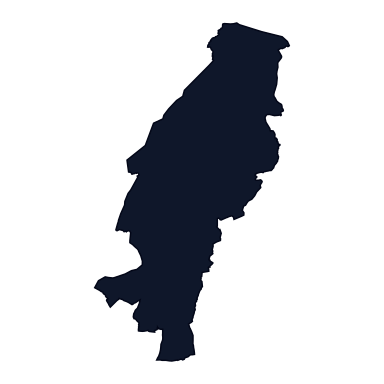 the district of Sirdal nor, Vest-Agder, Norway
{"feature_id": "86288312B17397528681230", "entity_name": "Sirdal nor", "entity_type": "district", "adm_level": 2, "iso_a3": "NOR", "parent_name": "Norway", "parent_adm1": "Vest-Agder", "projection": "orthographic", "projection_center": [6.807, 58.845], "detail": "fine", "context": "isolated", "style": "filled", "palette": "ink", "viewbox_px": 384, "rotation_deg": 0, "n_neighbors": 0, "source": "geoboundaries", "source_scale": "gbopen_adm2", "svg_char_len": 6032}
<svg xmlns="http://www.w3.org/2000/svg" viewBox="0 0 384 384"><path d="M110.3,307.1L116.8,300.6L119.0,299.0L119.2,298.4L121.5,299.3L121.8,299.2L122.5,299.5L124.0,300.6L126.1,301.3L128.5,302.4L132.0,304.6L132.9,304.2L134.5,302.9L135.5,302.7L137.7,301.1L140.2,299.8L139.3,303.5L137.7,307.5L137.5,308.1L135.3,310.3L134.8,311.7L133.7,313.9L133.6,314.8L133.3,316.9L133.7,318.0L134.2,318.8L134.9,318.7L135.6,319.1L137.3,321.2L138.9,322.6L139.0,323.8L138.8,324.0L138.6,324.8L138.9,325.6L139.2,326.1L138.6,326.7L138.7,327.1L138.5,328.9L138.5,329.3L138.4,329.7L138.5,330.9L139.8,331.1L142.5,331.3L144.5,331.1L148.1,330.4L148.5,331.1L149.5,331.5L154.7,332.1L154.5,330.6L156.8,329.7L157.5,328.9L157.3,328.3L157.2,328.0L157.6,327.6L157.6,327.3L157.9,327.8L158.1,327.7L158.4,327.8L158.6,328.4L159.0,329.0L160.1,329.0L160.8,329.3L162.7,329.3L162.7,333.4L162.6,334.1L162.6,335.4L162.8,337.2L162.8,338.3L162.6,340.1L161.0,344.3L160.8,347.5L160.5,350.0L159.8,353.1L158.7,356.2L157.6,358.0L156.7,360.0L160.1,359.9L162.0,360.3L165.8,360.3L169.3,360.8L171.8,361.0L177.6,360.0L177.8,360.3L180.9,359.1L181.1,359.3L182.0,359.4L182.7,359.9L184.3,359.2L184.7,358.1L185.4,357.6L188.0,356.8L190.3,354.8L192.6,354.7L194.5,354.4L194.4,352.8L194.0,349.7L193.6,347.7L193.4,345.5L192.9,343.8L193.0,340.4L193.0,335.5L191.7,332.0L190.1,328.4L189.7,327.9L188.6,323.9L191.2,322.4L192.4,321.3L192.0,319.8L193.0,317.3L193.0,316.5L194.1,313.2L194.4,311.3L195.2,309.8L194.7,307.0L195.5,305.8L195.2,303.3L195.3,302.6L196.5,301.4L196.8,299.1L197.2,299.1L197.1,297.8L198.2,295.4L198.4,294.3L199.5,291.4L200.3,289.9L201.0,289.4L201.3,288.5L201.4,287.6L202.4,286.7L201.9,281.5L201.0,280.6L200.7,280.1L200.8,279.5L201.0,279.1L201.1,278.5L200.8,277.2L201.7,276.6L202.1,272.4L207.5,271.5L208.8,271.2L208.5,267.8L208.4,267.3L208.8,267.1L209.7,267.1L209.6,266.9L209.7,266.7L210.4,265.6L212.0,264.2L212.9,263.0L212.1,262.3L210.2,261.2L209.8,260.0L208.9,259.7L209.8,256.2L212.8,253.7L212.4,253.1L212.7,251.1L212.6,250.6L212.2,249.7L213.1,246.3L213.0,244.7L212.8,244.1L216.6,241.9L220.4,240.5L220.4,239.7L220.6,239.0L220.4,238.4L220.2,238.2L220.1,237.4L221.2,233.3L220.0,229.9L219.9,230.0L218.6,229.0L216.6,226.8L217.3,226.2L217.3,219.4L217.5,218.4L218.3,218.1L219.6,218.6L220.0,219.6L221.1,220.0L226.5,217.6L227.3,217.4L228.9,216.6L231.8,215.8L233.5,217.1L234.0,219.4L241.6,216.2L243.8,215.1L243.9,212.8L242.3,210.4L243.6,206.1L245.5,205.2L247.0,202.7L248.3,201.0L251.8,199.2L254.7,195.7L256.6,192.0L260.7,187.6L260.2,185.3L260.9,183.8L261.8,182.6L262.1,181.4L261.3,180.3L260.3,179.8L258.9,180.2L256.8,180.3L255.7,180.1L255.2,179.2L255.4,178.5L256.6,177.5L256.8,176.8L256.3,176.3L255.2,175.8L255.2,174.6L255.3,174.2L255.8,174.2L256.0,173.7L256.4,173.4L259.9,172.4L261.6,172.2L263.1,172.6L264.2,171.6L265.0,171.6L266.7,171.1L268.0,171.0L269.0,170.6L271.1,170.5L272.2,169.5L272.8,168.6L273.6,167.9L274.0,166.5L274.5,165.2L276.1,163.4L276.5,162.8L276.4,162.5L276.9,162.1L277.5,161.3L277.6,160.8L277.6,160.2L278.3,158.3L278.5,156.6L278.1,155.9L277.9,154.8L277.6,154.6L277.4,154.2L277.5,153.2L277.7,152.4L277.5,151.6L277.7,150.8L277.6,150.6L277.9,149.9L278.0,149.0L278.6,148.1L278.2,147.0L278.9,146.0L279.7,145.4L280.0,144.9L279.7,144.4L278.8,144.4L278.6,144.5L278.4,144.4L277.8,141.8L277.3,141.7L277.2,141.2L276.8,141.0L276.8,140.4L277.2,140.1L277.2,139.6L276.4,138.3L275.3,138.7L275.1,137.5L274.7,136.1L275.0,135.1L275.0,134.6L274.8,134.1L274.6,133.3L273.2,131.0L271.4,130.7L270.8,131.3L270.3,130.9L269.9,128.9L269.9,128.7L265.9,122.1L265.0,118.0L265.3,116.7L266.5,114.9L267.1,114.6L269.5,114.4L274.4,115.6L278.3,115.3L279.5,114.9L280.6,115.6L280.9,115.5L281.3,115.0L280.8,113.7L281.0,112.1L281.2,111.6L281.5,111.4L282.6,111.4L283.1,111.0L283.3,110.6L283.3,110.2L282.9,109.0L282.4,108.6L282.1,108.0L282.0,106.5L281.7,105.0L281.1,104.2L279.0,103.0L276.8,101.2L275.1,98.0L273.9,96.3L273.9,95.4L273.7,94.8L274.3,91.7L274.9,90.2L276.6,84.3L277.2,77.9L276.6,73.8L277.0,70.9L277.9,67.2L277.7,63.9L277.8,62.5L281.1,58.2L281.4,57.6L281.6,56.8L281.4,55.9L278.6,51.0L278.2,49.9L279.0,49.4L280.8,48.4L282.4,48.6L283.9,47.8L284.5,47.7L285.4,46.9L285.8,46.2L286.9,46.1L287.8,46.6L288.7,46.3L289.3,45.6L287.4,41.5L282.2,36.8L261.7,31.7L239.3,24.7L236.8,23.0L233.3,23.8L230.3,24.0L224.4,23.6L223.0,23.9L222.7,24.3L222.5,27.1L222.1,28.0L221.1,28.3L220.5,29.3L218.4,30.4L218.2,30.7L218.5,31.7L218.2,32.7L218.1,33.3L218.9,33.6L219.1,33.8L219.1,34.4L218.9,34.7L218.0,35.2L217.1,36.3L215.6,36.7L215.4,37.3L215.1,37.4L213.1,37.9L212.3,38.3L210.6,40.4L210.9,40.7L210.9,41.0L209.0,42.7L208.9,43.4L209.0,44.0L207.9,45.2L207.8,46.2L207.6,47.1L207.9,47.2L209.7,47.0L210.3,47.2L211.1,48.6L211.2,49.1L211.4,49.6L212.6,50.8L213.3,52.0L212.9,52.5L212.8,53.1L212.4,53.7L212.5,54.7L212.8,55.3L212.4,55.5L212.3,56.0L212.4,56.5L213.0,56.7L213.3,57.0L212.7,57.9L212.8,58.7L212.6,59.0L212.5,59.3L213.1,60.0L213.6,60.3L213.6,60.5L209.0,65.5L184.4,90.3L182.8,96.3L176.6,100.5L168.7,108.9L163.9,115.2L162.9,118.9L153.6,123.2L145.3,145.5L127.0,160.1L128.6,172.0L130.6,172.3L130.9,172.5L131.3,173.0L131.8,174.1L132.0,174.2L133.2,173.8L134.8,173.5L135.6,172.8L136.6,173.3L137.5,172.8L137.9,172.8L138.3,173.1L139.0,174.8L138.7,175.1L138.7,175.3L137.2,176.1L137.8,177.2L130.8,189.9L128.1,193.4L124.9,201.3L124.6,205.1L120.8,213.6L118.5,220.3L118.3,221.8L117.7,223.4L115.9,229.9L116.4,230.5L117.1,230.7L119.3,229.6L119.6,229.6L123.1,230.5L124.1,231.7L125.5,231.2L126.0,231.4L126.3,231.8L127.1,231.1L127.9,231.0L128.4,230.6L129.7,231.0L130.1,231.8L130.5,232.3L130.7,232.7L129.9,240.6L129.9,242.7L132.3,244.3L135.6,247.4L137.1,248.6L138.2,249.9L138.8,251.5L140.8,255.6L142.4,261.1L142.3,264.7L142.2,265.0L136.9,269.4L131.4,270.7L125.2,274.0L114.5,277.6L112.9,278.0L108.2,277.5L105.2,276.9L98.5,280.7L94.7,287.7L99.7,290.4L101.2,291.5L103.1,292.3L103.1,293.0L103.2,293.3L104.0,294.1L105.0,294.6L105.5,295.3L105.5,295.9L105.9,296.6L106.0,296.9L106.7,297.4L107.1,298.0L107.6,298.3L107.9,298.7L107.7,299.2L106.7,299.8L106.6,300.6L108.0,303.0L108.3,303.3L108.9,304.8L110.3,307.1Z" fill="#0f172a" stroke="#020617" stroke-width="1.5"/></svg>